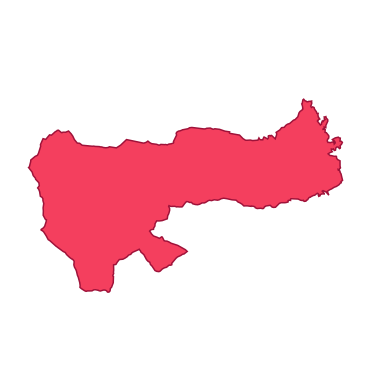 Maieru, Bistrita-Nasaud, Romania (Albers equal-area conic projection), rotated 260°
{"feature_id": "2599482B60553702262624", "entity_name": "Maieru", "entity_type": "district", "adm_level": 2, "iso_a3": "ROU", "parent_name": "Romania", "parent_adm1": "Bistrita-Nasaud", "projection": "albers", "projection_center": [24.741, 47.474], "detail": "fine", "context": "isolated", "style": "filled", "palette": "rose", "viewbox_px": 384, "rotation_deg": 260, "n_neighbors": 0, "source": "geoboundaries", "source_scale": "gbopen_adm2", "svg_char_len": 6049}
<svg xmlns="http://www.w3.org/2000/svg" viewBox="0 0 384 384"><g transform="rotate(260 192 192)"><path d="M219.3,347.4L219.6,346.5L220.6,345.6L220.4,342.4L219.3,339.3L218.5,339.8L218.0,340.8L216.8,341.4L215.5,341.6L214.5,340.4L215.5,340.4L216.9,339.8L216.6,336.6L217.2,335.3L217.2,334.5L218.3,334.1L219.5,334.2L221.1,335.5L221.1,335.8L222.6,336.4L223.8,336.4L227.1,334.6L227.6,333.4L230.5,334.0L230.9,333.7L230.9,331.9L231.2,331.9L231.9,333.3L233.0,333.5L232.2,335.0L234.3,335.4L238.3,338.1L239.8,338.2L241.4,337.1L243.0,336.9L242.7,336.1L243.0,335.3L241.1,335.0L240.2,335.6L239.6,334.2L238.7,333.6L238.5,333.2L239.3,332.7L237.7,331.6L236.1,331.2L236.2,330.6L235.7,330.0L240.1,327.8L240.4,328.0L240.2,328.2L241.3,329.3L241.7,330.5L243.1,329.6L243.5,329.8L243.9,329.4L246.3,329.4L247.5,329.9L247.7,328.7L249.5,328.4L252.2,327.1L254.0,326.9L254.9,325.6L254.5,324.3L256.1,323.8L256.5,324.3L258.9,325.5L259.9,325.1L260.7,325.7L260.9,325.3L260.7,324.7L261.0,322.8L260.7,321.8L261.0,320.7L261.8,320.0L262.2,319.1L264.0,318.1L263.5,317.2L259.8,315.8L259.7,315.4L257.4,315.7L254.6,315.6L254.6,315.3L253.8,314.9L252.5,312.3L251.3,311.1L247.7,309.3L245.4,306.1L245.1,304.4L242.5,300.1L242.2,297.8L241.3,295.9L239.7,294.1L239.8,291.4L237.9,289.3L236.1,285.2L235.1,285.5L233.7,285.3L229.9,283.2L233.9,280.2L233.6,279.0L234.1,278.7L234.1,277.2L233.8,276.8L232.1,276.7L231.1,275.7L233.6,272.6L233.6,272.3L231.1,270.7L231.4,270.2L231.3,269.1L231.9,268.0L233.6,267.3L231.6,265.9L232.1,260.6L233.0,258.5L233.4,255.1L233.7,253.7L235.7,251.5L239.8,248.7L243.2,239.4L243.6,239.1L244.7,239.5L246.2,235.0L248.9,230.1L250.3,225.5L250.1,223.7L251.8,221.1L252.2,217.4L251.9,216.3L252.0,214.9L255.6,203.0L255.7,200.8L255.0,199.0L254.9,193.3L254.6,192.5L254.3,190.7L254.3,189.2L253.6,187.5L252.6,186.6L250.7,186.7L244.9,182.5L243.8,182.5L243.4,182.1L243.1,179.7L243.2,177.5L242.7,175.8L243.4,174.2L243.4,173.3L244.3,169.5L243.8,168.2L244.0,167.3L245.1,165.5L246.6,160.7L247.9,159.0L249.8,157.4L248.9,155.6L248.5,153.1L248.8,152.1L255.0,136.6L250.5,129.8L248.6,125.2L250.9,118.4L250.4,117.3L250.5,114.8L251.2,112.5L252.0,111.0L252.5,109.1L252.8,108.7L253.8,104.2L254.2,103.4L254.4,101.7L257.1,92.0L259.5,89.8L260.1,87.5L264.0,85.3L267.7,84.3L270.3,83.1L273.5,81.0L272.8,78.0L273.3,75.4L273.0,74.2L273.4,73.5L276.0,71.3L276.1,70.0L275.5,69.2L275.1,67.8L272.4,63.5L273.0,61.6L269.2,57.1L270.4,54.6L265.0,51.0L263.3,50.9L256.9,47.6L255.0,46.2L254.3,43.7L251.5,38.8L249.9,38.4L245.0,36.2L244.5,35.3L239.4,38.0L235.7,38.5L232.8,40.2L231.7,40.2L227.7,42.8L224.7,42.7L222.8,40.7L221.3,41.5L218.8,42.0L214.1,41.9L212.8,43.4L211.3,44.0L209.4,43.7L206.4,44.0L202.2,42.6L199.1,42.3L194.9,41.4L190.4,42.9L189.9,43.8L188.1,43.2L183.9,41.0L182.5,39.5L181.3,36.9L180.5,36.9L179.9,37.9L178.5,39.0L174.2,40.8L170.1,42.1L168.7,43.6L162.2,48.7L155.7,54.9L154.4,56.7L152.2,57.6L149.1,59.9L146.9,61.9L146.6,62.6L145.2,63.5L144.1,63.9L140.8,63.0L138.5,63.2L135.6,64.2L133.8,64.5L129.9,64.7L127.8,65.2L122.2,65.7L119.4,65.6L117.5,65.1L116.0,66.3L113.4,69.1L112.6,70.4L112.7,72.2L112.0,76.3L112.7,78.3L112.5,80.0L111.4,82.8L110.9,83.3L110.4,84.6L110.8,87.7L110.7,88.6L110.3,89.7L109.6,90.7L108.3,91.3L107.9,91.9L108.0,93.2L108.8,94.1L111.2,94.9L112.1,96.2L116.3,98.7L122.4,100.0L122.8,99.6L123.5,99.5L125.3,100.7L126.6,100.7L128.6,101.3L133.9,102.1L133.9,104.5L135.9,106.2L138.1,108.7L137.8,112.3L138.6,114.8L139.7,117.2L140.7,118.3L141.0,119.1L141.2,120.8L142.6,122.4L143.1,123.7L144.6,129.7L144.8,129.9L144.8,130.1L144.2,130.1L143.4,130.9L141.8,131.2L138.7,133.7L133.2,135.5L131.2,136.8L130.2,138.2L127.8,138.5L125.9,139.8L121.1,141.9L120.0,143.4L119.3,145.6L119.6,146.9L121.4,149.5L122.2,152.0L122.2,153.3L122.8,154.9L123.7,156.1L123.9,156.9L123.6,158.4L123.9,159.5L125.3,159.7L129.5,164.7L130.6,166.5L131.4,169.8L132.3,171.8L132.4,173.5L134.3,177.0L136.3,175.5L141.9,168.7L145.2,162.5L146.7,160.8L148.0,158.8L148.3,157.3L148.9,156.1L152.8,154.9L153.1,154.3L152.0,151.8L153.4,149.9L155.4,146.4L158.0,144.7L159.9,144.1L160.4,143.5L160.8,143.4L161.3,143.9L161.9,145.2L162.0,146.2L161.9,147.6L163.4,148.1L164.5,149.3L166.0,149.9L167.0,150.0L169.7,152.2L169.2,154.6L169.0,157.6L169.9,163.0L173.3,164.1L173.7,164.7L175.4,165.7L177.8,166.8L179.6,167.1L182.0,166.5L182.6,167.0L181.5,168.5L180.9,172.5L179.9,174.5L180.0,175.4L179.5,176.8L179.1,179.4L179.2,180.0L182.0,182.9L183.5,184.9L183.1,186.5L182.2,187.6L181.8,189.7L180.3,190.6L179.1,193.1L178.5,195.2L178.6,197.3L179.5,200.0L179.1,202.3L179.4,203.7L180.6,206.4L180.8,207.8L180.1,209.8L180.5,212.5L179.5,215.8L179.6,217.4L180.3,219.5L180.4,222.1L179.3,225.3L177.4,229.9L176.3,234.0L174.0,235.7L173.3,236.9L171.4,239.1L169.3,240.6L168.8,243.9L167.6,247.7L167.9,247.9L167.1,250.4L166.0,251.6L165.5,251.6L164.4,253.3L164.1,256.7L163.3,258.9L163.5,259.7L165.0,261.0L165.0,261.8L165.4,262.3L165.3,266.7L163.2,268.3L162.6,269.8L162.5,271.6L165.6,276.0L166.0,277.9L165.3,281.7L165.3,283.3L165.5,284.9L166.9,285.2L167.0,286.3L166.6,287.6L167.8,287.8L168.2,288.3L166.6,295.4L165.1,297.4L164.5,298.9L164.5,300.1L164.1,300.1L163.3,300.9L163.2,302.6L164.1,303.6L164.2,304.4L166.1,306.2L166.4,307.0L166.3,307.6L166.6,308.0L167.5,310.9L167.5,312.3L168.9,314.9L168.9,315.5L168.2,316.1L167.4,315.8L165.7,316.1L166.1,317.5L166.9,317.3L167.4,319.0L167.6,319.4L167.3,320.8L167.5,321.2L167.1,321.8L167.5,322.0L170.2,320.4L170.6,321.3L168.8,324.0L165.1,326.2L169.1,325.4L170.3,327.9L170.8,330.0L172.0,332.9L172.4,335.2L173.7,338.2L174.9,339.5L175.2,340.6L176.4,340.6L177.3,342.3L184.0,341.9L186.2,341.1L186.7,341.4L187.7,340.8L188.0,339.9L188.5,339.8L188.8,339.8L188.4,340.4L188.7,341.1L189.5,341.4L189.7,342.1L190.0,342.4L191.8,342.3L197.0,343.2L198.5,341.2L199.1,340.8L200.0,340.3L202.0,340.4L202.2,340.1L202.5,338.2L203.7,335.4L203.9,334.3L205.9,332.7L206.8,334.6L207.3,337.2L208.6,336.6L210.1,336.7L209.7,337.8L209.9,338.7L208.5,339.2L208.1,339.7L208.3,340.6L210.4,341.3L211.1,342.2L211.0,343.6L209.1,344.8L209.4,345.6L210.2,345.9L211.9,345.9L213.0,347.5L214.7,348.7L215.9,348.0L216.4,346.6L219.3,347.4Z" fill="#f43f5e" stroke="#9f1239" stroke-width="1.5"/></g></svg>